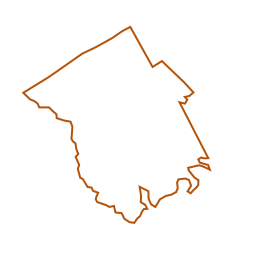 Nova Bassano, Rio Grande do Sul, Brazil, rotated 241°
{"feature_id": "56859067B37994166277971", "entity_name": "Nova Bassano", "entity_type": "district", "adm_level": 2, "iso_a3": "BRA", "parent_name": "Brazil", "parent_adm1": "Rio Grande do Sul", "projection": "natural_earth1", "projection_center": [-51.791, -28.727], "detail": "fine", "context": "isolated", "style": "outline", "palette": "amber", "viewbox_px": 256, "rotation_deg": 241, "n_neighbors": 0, "source": "geoboundaries", "source_scale": "gbopen_adm2", "svg_char_len": 1229}
<svg xmlns="http://www.w3.org/2000/svg" viewBox="0 0 256 256"><g transform="rotate(241 128 128)"><path d="M62.7,183.6L125.5,185.5L121.7,189.7L124.1,193.6L127.6,192.8L126.3,197.1L127.4,202.5L140.8,199.2L170.1,190.1L169.5,179.1L215.3,179.0L215.5,170.2L214.3,157.2L214.3,139.1L215.2,123.9L211.7,90.7L210.9,82.3L209.6,53.5L200.6,56.2L197.3,58.9L193.4,60.8L189.0,60.4L184.3,68.9L178.6,70.6L174.7,72.1L171.2,70.4L165.5,75.8L161.4,80.8L156.1,80.0L151.3,76.9L146.0,73.3L143.2,73.3L140.0,74.6L134.7,72.6L129.4,71.9L128.1,68.2L119.4,67.4L116.5,64.3L107.7,62.1L105.3,63.7L95.9,64.1L93.6,67.2L90.0,67.0L85.8,70.5L83.4,67.2L81.2,65.2L78.1,65.2L71.0,71.6L68.0,73.4L66.6,77.9L60.2,76.1L56.6,81.2L50.3,80.8L44.9,83.7L42.0,87.5L44.4,92.4L45.1,95.9L47.9,99.5L49.4,102.4L48.0,105.7L52.6,105.8L56.9,103.2L62.4,106.6L70.9,109.7L62.8,115.2L56.8,112.0L54.0,111.5L50.0,111.2L45.7,113.6L50.1,121.4L50.3,128.2L48.7,133.2L48.6,139.0L51.2,142.3L56.5,144.5L58.6,147.2L56.0,153.6L52.9,156.1L46.9,155.2L43.7,149.4L40.5,151.2L41.9,155.0L42.7,158.6L44.0,161.8L48.3,164.3L52.5,162.1L61.5,160.5L64.0,161.3L61.0,171.9L59.1,174.1L51.9,179.4L56.8,180.1L63.0,174.0L66.5,174.3L66.7,177.7L64.5,179.9L62.7,183.6Z" fill="none" stroke="#b45309" stroke-width="2"/></g></svg>